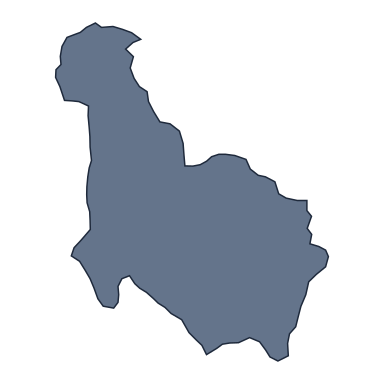 São Sebastião do Rio Verde, Minas Gerais, Brazil
{"feature_id": "56859067B74090736562725", "entity_name": "São Sebastião do Rio Verde", "entity_type": "district", "adm_level": 2, "iso_a3": "BRA", "parent_name": "Brazil", "parent_adm1": "Minas Gerais", "projection": "mercator", "projection_center": [-45.029, -22.211], "detail": "fine", "context": "isolated", "style": "filled", "palette": "slate", "viewbox_px": 384, "rotation_deg": 0, "n_neighbors": 0, "source": "geoboundaries", "source_scale": "gbopen_adm2", "svg_char_len": 1500}
<svg xmlns="http://www.w3.org/2000/svg" viewBox="0 0 384 384"><path d="M88.5,106.0L88.1,115.7L89.2,127.6L89.9,136.6L90.1,147.1L91.5,160.5L89.2,167.9L87.8,176.8L86.9,186.6L86.7,194.6L87.1,202.8L89.7,211.7L90.1,220.6L90.3,229.5L81.0,240.3L74.1,247.7L71.3,255.9L79.6,261.3L85.3,270.5L90.1,278.7L94.0,288.0L97.9,298.8L103.2,306.2L113.7,308.1L118.0,302.4L118.7,294.7L118.0,286.4L121.9,278.7L129.5,275.7L134.8,283.7L139.8,288.3L146.4,292.3L153.4,298.5L158.1,303.1L165.0,307.4L171.1,313.5L181.7,319.7L189.0,332.6L196.1,339.8L201.9,345.3L206.5,354.6L216.7,348.4L222.4,344.2L229.8,343.0L238.5,342.7L249.6,337.6L259.6,341.8L265.7,350.1L270.0,357.0L277.9,361.0L288.3,355.8L287.6,343.4L289.5,333.8L295.7,326.8L298.0,317.5L300.9,306.3L305.8,294.7L308.7,281.8L316.3,274.4L325.6,266.8L328.4,256.6L325.6,250.1L318.8,246.5L309.9,243.8L311.7,234.4L307.2,228.4L311.5,216.3L306.9,210.6L306.9,200.5L297.3,200.5L286.1,198.1L278.7,193.8L274.9,181.8L265.4,176.8L258.2,175.3L250.3,169.1L246.0,159.4L234.8,155.5L225.6,154.3L218.8,154.3L211.6,156.7L206.6,161.2L200.2,164.7L192.9,166.1L184.9,165.9L184.0,155.5L183.1,143.4L179.4,131.1L170.0,123.8L159.9,121.9L153.5,111.4L148.5,101.6L147.1,91.7L139.4,86.6L134.1,78.4L130.2,68.0L133.4,56.7L125.6,49.1L133.0,42.5L140.7,39.3L131.6,32.7L122.6,29.4L113.0,26.5L101.5,27.4L95.4,23.0L86.4,27.4L80.3,32.4L74.1,34.7L67.0,37.4L62.0,46.4L60.3,56.4L61.0,64.5L56.0,69.7L55.6,77.4L59.9,86.6L64.5,100.4L72.3,100.9L78.9,101.6L88.5,106.0Z" fill="#64748b" stroke="#1e293b" stroke-width="1.5"/></svg>